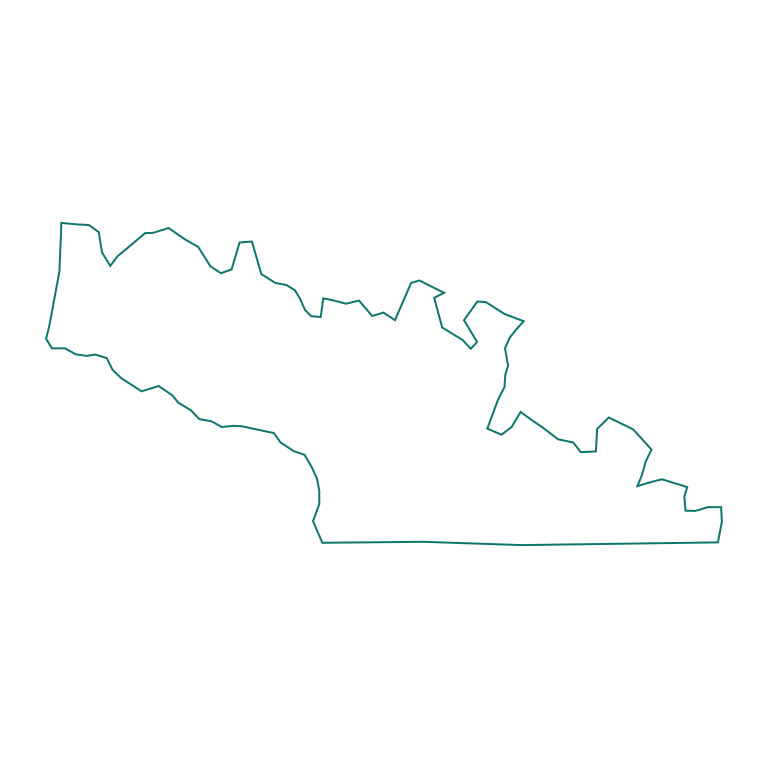 Entre Rios do Oeste, Paraná, Brazil (Robinson projection)
{"feature_id": "56859067B61468544872659", "entity_name": "Entre Rios do Oeste", "entity_type": "district", "adm_level": 2, "iso_a3": "BRA", "parent_name": "Brazil", "parent_adm1": "Paraná", "projection": "robinson", "projection_center": [-54.223, -24.708], "detail": "fine", "context": "isolated", "style": "outline", "palette": "teal", "viewbox_px": 768, "rotation_deg": 0, "n_neighbors": 0, "source": "geoboundaries", "source_scale": "gbopen_adm2", "svg_char_len": 1541}
<svg xmlns="http://www.w3.org/2000/svg" viewBox="0 0 768 768"><path d="M485.9,302.1L477.4,301.5L464.0,320.2L477.1,342.0L470.8,348.7L462.6,340.0L442.2,327.5L434.2,297.8L444.1,292.8L430.5,286.1L419.6,280.5L411.1,282.9L395.0,320.2L383.5,312.6L372.2,316.0L359.0,300.6L346.0,303.7L331.8,300.0L323.3,298.4L320.7,317.0L311.3,316.2L305.0,309.9L299.7,298.0L294.8,290.2L286.6,285.1L275.2,282.9L261.3,274.0L251.9,241.5L239.6,242.5L231.6,269.4L220.9,273.2L210.4,266.3L198.1,246.8L185.1,239.5L168.6,228.0L153.2,232.8L145.0,233.2L129.6,246.2L117.4,256.4L110.3,265.9L102.0,252.4L98.8,232.2L88.9,225.0L77.0,224.4L61.3,222.9L61.0,233.8L60.5,245.1L59.4,271.6L49.4,325.5L46.1,338.8L52.0,348.3L65.0,348.3L75.6,354.3L86.7,355.9L95.2,354.5L106.8,358.2L112.6,369.9L121.4,378.3L141.5,391.3L158.6,386.0L172.3,395.3L178.2,402.6L191.0,410.4L199.3,419.1L211.5,421.3L221.7,427.0L234.2,425.8L242.6,426.4L263.9,431.0L273.8,433.0L280.6,442.5L293.8,451.2L304.5,454.8L311.6,466.9L317.0,478.7L319.3,490.8L319.3,504.1L313.0,521.2L322.4,542.8L423.1,541.8L521.5,545.1L717.9,542.4L721.9,521.6L721.1,507.1L708.0,507.1L695.5,510.9L685.5,510.7L684.4,496.4L687.2,487.1L661.9,479.3L651.5,481.9L637.4,486.1L641.7,475.6L645.7,461.5L651.5,449.6L633.2,429.4L608.8,417.5L597.1,429.0L595.9,451.4L580.8,452.2L573.2,442.5L558.1,439.3L542.5,427.4L531.2,419.7L520.6,411.9L511.6,427.0L501.5,434.7L487.3,428.6L498.2,399.3L504.5,387.0L505.3,374.7L508.1,365.8L505.0,348.1L509.9,337.4L516.6,329.1L523.7,321.2L504.5,314.0L493.4,306.9L485.9,302.1Z" fill="none" stroke="#0f766e" stroke-width="2"/></svg>